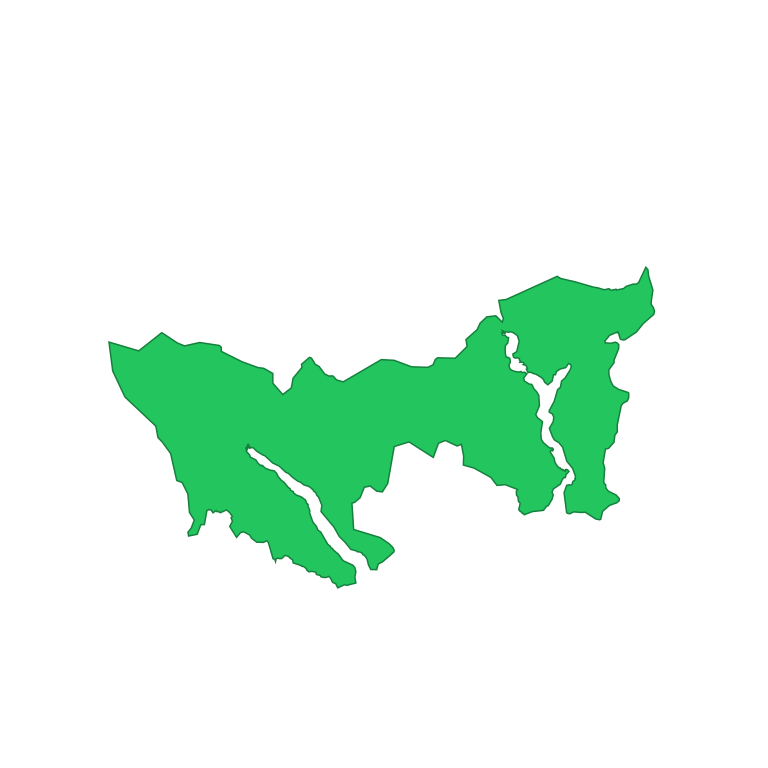 Sogndal nor, Sogn og Fjordane, Norway (Mercator projection), rotated 298°
{"feature_id": "86288312B91120351294699", "entity_name": "Sogndal nor", "entity_type": "district", "adm_level": 2, "iso_a3": "NOR", "parent_name": "Norway", "parent_adm1": "Sogn og Fjordane", "projection": "mercator", "projection_center": [6.969, 61.338], "detail": "fine", "context": "isolated", "style": "filled", "palette": "green", "viewbox_px": 768, "rotation_deg": 298, "n_neighbors": 0, "source": "geoboundaries", "source_scale": "gbopen_adm2", "svg_char_len": 6159}
<svg xmlns="http://www.w3.org/2000/svg" viewBox="0 0 768 768"><g transform="rotate(298 384 384)"><path d="M610.0,560.4L593.0,561.2L590.6,559.8L589.2,557.1L583.9,552.0L580.7,550.7L576.1,545.1L576.6,544.4L573.2,540.3L573.8,538.0L570.6,534.2L569.2,527.3L567.9,523.7L564.0,505.1L560.1,490.4L560.4,486.4L516.0,452.2L511.7,446.1L502.2,453.7L497.9,458.6L494.1,459.4L496.7,450.7L491.6,443.3L482.9,440.3L475.7,440.7L461.7,435.5L456.2,439.8L440.2,434.8L432.2,418.9L429.8,417.8L424.0,418.3L419.3,414.9L412.1,400.2L409.7,381.9L404.3,370.2L366.8,347.0L365.3,340.4L367.1,335.1L365.1,331.4L365.0,326.9L369.0,318.5L369.1,314.1L372.8,307.8L372.5,305.7L362.7,301.9L360.2,303.8L346.4,301.0L337.1,304.0L327.2,299.6L332.5,285.5L341.1,280.9L341.4,270.5L339.4,265.3L337.0,248.3L336.4,225.1L340.0,223.1L340.7,220.5L334.1,201.8L324.0,190.0L323.2,182.3L325.0,163.7L298.1,151.9L291.9,121.5L268.1,138.4L250.9,161.4L239.7,202.3L230.6,209.6L228.6,215.6L222.5,228.2L201.5,246.3L202.2,252.1L194.9,262.4L179.2,272.6L174.8,280.4L166.3,281.4L161.1,280.5L158.0,282.8L163.6,289.6L173.8,288.3L175.6,291.4L188.9,287.1L190.7,288.2L191.7,290.3L190.0,293.5L193.5,295.3L192.9,296.4L193.7,298.4L193.5,299.9L198.9,304.1L198.0,308.1L195.8,312.3L194.1,311.8L191.6,314.6L185.8,314.7L179.4,325.8L185.7,327.2L187.6,329.5L187.6,336.1L185.6,339.6L184.6,345.9L187.6,352.0L190.5,354.0L189.8,356.3L177.6,368.1L177.9,369.8L176.3,371.6L178.6,370.8L180.6,371.9L180.6,373.4L181.8,375.6L186.2,377.1L187.0,380.7L186.1,382.8L185.9,385.8L183.4,387.9L184.8,396.1L184.4,397.0L185.1,398.7L184.5,402.1L183.5,403.0L182.9,405.9L184.7,408.2L185.8,412.1L184.1,413.8L185.0,417.4L184.2,418.7L184.6,420.9L185.8,423.5L188.1,425.4L187.7,427.6L184.7,431.8L185.0,435.1L182.3,438.9L188.3,443.4L188.7,445.6L195.1,452.6L199.5,449.1L205.2,447.2L208.4,444.2L209.4,441.3L208.8,431.9L209.2,429.9L212.3,423.7L213.6,417.3L214.5,415.7L214.4,414.1L215.4,413.0L216.1,409.6L223.6,397.6L223.9,394.3L226.6,391.1L228.6,386.1L235.4,378.7L237.3,378.0L240.8,373.8L242.1,373.5L242.2,372.0L244.7,369.1L245.5,364.0L244.8,358.9L245.3,355.4L246.4,354.5L246.2,351.7L247.5,350.1L247.7,348.1L250.1,342.4L250.9,338.2L252.6,333.9L254.7,331.2L255.8,327.8L254.5,324.0L253.9,318.6L255.0,314.7L253.7,313.3L254.5,313.6L254.2,312.5L255.0,309.8L256.9,306.3L256.6,300.3L258.3,298.7L259.8,294.3L262.7,292.3L262.4,291.3L262.8,292.2L262.5,292.5L263.1,292.3L262.0,292.9L262.9,293.1L262.5,294.2L264.3,291.9L263.6,293.1L264.3,293.0L264.4,292.5L264.9,292.4L264.2,293.1L263.3,293.3L262.9,293.8L264.4,293.3L263.4,294.5L265.6,292.7L266.1,292.8L264.2,294.4L264.6,295.1L263.8,296.3L266.3,293.0L267.6,292.2L266.1,293.6L264.2,296.3L265.4,294.8L265.6,295.7L265.2,296.3L266.3,298.4L264.9,303.2L264.4,309.7L264.7,312.6L262.0,322.8L262.3,330.0L259.9,338.9L260.2,341.4L258.7,346.9L257.7,353.5L258.1,356.5L257.3,360.4L258.3,366.2L257.2,371.5L256.5,371.8L256.0,374.8L254.0,377.2L253.6,379.1L247.8,386.0L241.8,388.3L234.2,406.9L228.3,416.2L226.1,423.6L222.4,432.4L223.6,437.7L223.3,439.1L224.3,441.3L224.4,444.4L223.4,445.2L223.5,447.4L221.5,451.2L216.8,455.4L214.0,459.4L216.6,464.7L222.4,463.4L225.7,465.9L233.9,469.2L240.5,471.6L241.9,471.0L243.8,468.6L245.4,463.4L246.6,452.7L241.3,425.5L263.8,411.6L265.6,413.6L272.3,416.3L283.6,415.1L287.4,419.7L286.0,427.8L287.9,433.2L297.9,434.0L333.6,422.4L344.6,433.3L342.3,462.0L357.2,459.9L362.9,464.6L363.6,477.6L367.1,480.7L357.7,488.2L349.7,492.1L352.0,502.9L351.7,522.2L347.5,531.4L352.0,538.3L353.6,551.5L351.4,551.2L348.2,553.1L347.2,555.2L343.4,557.9L342.7,560.2L336.6,561.9L335.7,562.9L335.3,565.9L334.7,566.9L335.0,568.0L334.4,569.2L340.9,574.8L347.3,584.1L352.6,585.0L353.6,586.1L360.9,586.5L365.5,585.5L367.1,583.3L370.6,582.7L378.4,586.7L383.3,586.3L385.6,586.7L386.6,588.1L389.3,587.2L393.6,588.4L394.4,586.3L394.2,585.2L393.7,584.5L392.0,585.0L392.4,582.7L391.7,582.3L392.3,581.4L391.9,580.1L392.6,579.0L392.2,578.0L393.0,575.3L395.2,571.6L398.5,568.9L402.1,562.5L404.0,562.7L403.0,562.8L404.2,563.0L404.0,564.1L405.2,564.5L406.3,563.5L406.5,562.5L405.4,560.7L405.6,558.5L407.1,552.1L409.1,548.8L414.4,545.4L425.2,541.6L426.2,535.6L428.2,532.3L437.7,531.5L446.6,526.0L448.8,522.5L450.0,519.0L453.0,514.6L452.1,512.1L452.5,506.7L454.8,504.5L460.1,505.4L460.5,502.7L459.0,500.8L459.3,499.0L457.7,497.2L456.4,493.2L456.1,489.9L456.6,487.9L459.4,485.4L462.7,485.3L465.5,483.3L465.9,481.4L465.0,479.4L468.0,476.7L474.5,473.2L478.3,474.0L483.4,472.2L483.0,470.3L483.7,468.4L482.9,466.1L483.5,464.7L485.0,465.5L485.1,464.3L485.6,465.0L486.6,463.5L486.8,464.9L485.2,467.1L487.5,467.1L488.2,469.8L489.5,471.0L490.0,473.6L489.4,479.0L485.2,483.3L474.9,486.0L470.9,483.7L468.5,485.8L468.5,487.8L469.8,489.6L470.0,491.6L468.8,492.2L468.4,493.5L466.9,493.7L468.1,495.4L468.3,497.3L467.4,498.4L466.5,497.9L467.1,500.6L465.1,503.4L463.9,502.7L461.8,505.8L463.5,508.6L463.2,510.2L464.0,513.6L463.6,519.9L462.8,522.7L461.0,525.0L460.2,529.0L465.6,531.1L471.9,529.3L472.7,531.1L476.0,530.4L480.0,532.6L483.7,536.7L488.7,537.3L488.9,539.5L487.3,541.2L484.0,541.7L474.5,541.1L469.9,539.4L463.7,541.3L460.6,539.9L448.8,542.4L437.8,542.4L436.7,543.1L436.6,546.8L434.4,549.5L430.1,551.1L422.5,550.8L416.5,557.6L414.6,560.8L414.3,565.9L412.1,571.3L401.7,581.6L398.0,590.2L392.7,596.1L390.4,597.3L389.4,596.7L390.0,597.3L389.1,597.7L386.4,596.5L383.5,597.2L382.3,596.5L382.1,595.1L380.4,592.9L372.6,594.0L356.2,605.6L356.0,606.9L356.6,608.9L360.2,611.6L363.1,618.4L365.3,621.9L364.2,634.0L365.2,637.8L366.2,638.9L374.1,636.8L382.7,640.1L388.5,645.4L391.4,646.5L393.3,645.5L395.0,641.0L394.7,632.5L396.2,628.9L399.2,626.9L399.4,625.3L400.7,624.0L413.3,618.4L417.4,614.4L430.5,610.1L432.6,612.5L440.5,614.4L447.2,611.9L451.3,612.5L457.2,609.2L476.4,603.6L479.2,604.1L483.4,606.8L486.8,606.5L490.8,604.4L491.1,603.4L489.4,593.6L489.9,587.2L492.8,583.0L497.6,578.4L502.0,575.9L510.8,577.1L513.2,575.9L525.4,574.6L529.0,572.8L529.7,570.6L529.5,568.6L526.5,565.2L524.2,560.0L525.6,558.9L532.8,560.3L539.4,565.6L538.8,565.7L539.3,566.8L534.5,571.7L535.2,574.7L536.3,576.0L548.4,582.5L559.0,584.5L572.1,589.5L575.2,588.7L577.9,586.0L579.7,582.7L581.8,581.4L593.2,577.3L603.4,567.1L608.9,563.3L610.0,560.4Z" fill="#22c55e" stroke="#15803d" stroke-width="1.5"/></g></svg>